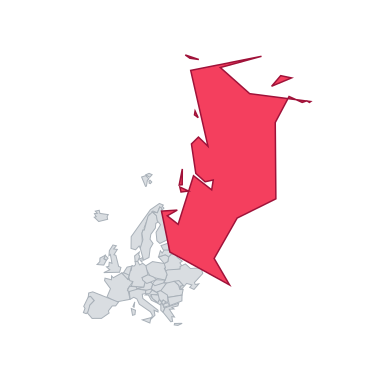 Russia on a map of Europe (Albers equal-area conic projection), rotated 287°
{"feature_id": "RUS", "entity_name": "Russia", "entity_type": "country or territory", "adm_level": 0, "iso_a3": "RUS", "parent_name": "Europe", "parent_adm1": "", "projection": "albers", "projection_center": [98.07, 61.527], "detail": "coarse", "context": "in_parent", "style": "filled", "palette": "rose", "viewbox_px": 384, "rotation_deg": 287, "n_neighbors": 38, "source": "natural_earth", "source_scale": "50m", "svg_char_len": 8008}
<svg xmlns="http://www.w3.org/2000/svg" viewBox="0 0 384 384"><g transform="rotate(287 192 192)"><path d="M191.6,139.4L194.1,142.9L192.0,147.0L190.2,145.9L184.3,146.7L183.8,145.9L191.6,139.4ZM168.4,169.9L165.4,168.3L167.8,167.5L168.2,165.5L162.0,165.0L162.4,160.2L158.7,160.1L158.3,157.7L144.0,156.7L141.6,157.5L141.2,156.2L137.8,156.2L128.0,159.7L123.2,158.9L124.9,157.2L120.2,154.9L120.2,150.2L131.5,146.9L162.9,157.4L171.5,164.2L171.1,168.4L169.6,167.7L168.4,169.9ZM196.9,148.8L193.7,147.3L195.0,142.8L197.3,145.5L196.9,148.8ZM189.8,150.6L187.8,149.7L188.0,148.2L189.0,148.3L189.8,147.5L191.0,148.5L189.8,150.6Z" fill="#d9dde1" stroke="#a8b0b8" stroke-width="1"/><path d="M94.0,148.5L89.1,161.7L80.5,158.8L71.3,164.2L64.4,151.1L66.9,141.4L75.7,142.3L81.7,134.3L84.2,134.0L84.5,140.6L88.2,139.6L87.0,141.8L94.0,148.5ZM65.2,169.0L70.2,169.4L64.8,170.3L65.2,169.0Z" fill="#d9dde1" stroke="#a8b0b8" stroke-width="1"/><path d="M123.2,158.9L132.0,159.0L137.8,156.2L141.2,156.2L141.6,157.5L156.0,157.0L161.3,159.9L159.1,164.8L153.3,168.2L151.4,166.6L146.8,167.5L139.5,165.0L134.5,165.7L131.4,169.8L125.8,168.5L116.8,170.0L112.6,165.6L123.2,158.9Z" fill="#d9dde1" stroke="#a8b0b8" stroke-width="1"/><path d="M126.6,190.4L127.4,195.8L125.1,197.0L123.0,202.9L120.7,201.1L118.4,203.8L114.8,203.1L108.4,189.9L115.5,186.3L118.4,189.2L123.3,188.7L126.6,190.4Z" fill="#d9dde1" stroke="#a8b0b8" stroke-width="1"/><path d="M104.5,222.1L106.2,225.4L99.4,222.4L100.1,217.7L103.1,219.0L103.0,213.6L95.2,210.1L98.7,208.5L100.1,210.9L103.4,205.3L98.0,198.4L97.3,191.7L105.2,192.4L108.4,189.9L110.3,191.3L114.8,203.1L117.3,202.4L121.3,206.7L118.4,212.9L122.1,222.9L117.2,226.1L106.1,220.8L104.5,222.1Z" fill="#d9dde1" stroke="#a8b0b8" stroke-width="1"/><path d="M115.5,186.3L112.0,188.7L110.9,187.9L106.2,192.1L99.9,192.2L98.7,177.2L105.5,170.2L108.0,169.4L113.9,174.6L115.5,186.3Z" fill="#d9dde1" stroke="#a8b0b8" stroke-width="1"/><path d="M92.0,181.5L86.6,181.1L84.8,178.4L83.5,166.3L86.9,173.6L91.9,173.5L93.7,179.7L92.0,181.5Z" fill="#d9dde1" stroke="#a8b0b8" stroke-width="1"/><path d="M97.3,191.7L96.3,193.8L89.9,192.5L85.8,187.6L87.3,181.4L92.0,181.5L97.3,191.7Z" fill="#d9dde1" stroke="#a8b0b8" stroke-width="1"/><path d="M101.4,201.1L103.4,205.3L100.1,210.9L98.7,208.5L95.2,208.9L98.9,206.4L101.4,201.1Z" fill="#d9dde1" stroke="#a8b0b8" stroke-width="1"/><path d="M95.2,208.9L96.3,212.0L90.5,212.6L84.3,200.2L88.5,191.0L97.4,194.3L101.4,201.1L98.9,206.4L95.2,208.9Z" fill="#d9dde1" stroke="#a8b0b8" stroke-width="1"/><path d="M123.3,188.7L118.4,189.2L115.5,186.3L120.1,179.0L124.2,184.8L123.3,188.7Z" fill="#d9dde1" stroke="#a8b0b8" stroke-width="1"/><path d="M129.7,186.8L126.6,190.4L123.3,188.7L124.2,184.8L120.1,179.0L126.6,178.9L124.9,181.3L129.4,182.7L129.7,186.8Z" fill="#d9dde1" stroke="#a8b0b8" stroke-width="1"/><path d="M136.3,184.4L129.7,186.8L128.1,181.6L131.7,178.0L136.3,184.4Z" fill="#d9dde1" stroke="#a8b0b8" stroke-width="1"/><path d="M108.0,169.4L100.0,174.1L95.5,169.3L91.9,173.5L86.9,173.6L84.2,161.4L89.1,161.7L89.0,158.5L91.8,156.5L97.6,155.2L99.2,156.7L104.2,156.2L104.1,158.2L106.0,159.2L109.0,157.9L109.8,160.4L107.0,163.2L109.4,165.7L108.0,169.4Z" fill="#d9dde1" stroke="#a8b0b8" stroke-width="1"/><path d="M85.2,198.9L84.3,200.2L90.5,212.6L84.9,214.2L76.8,203.8L85.2,198.9Z" fill="#d9dde1" stroke="#a8b0b8" stroke-width="1"/><path d="M63.5,221.0L60.3,217.5L59.7,213.9L61.2,213.7L63.5,221.0ZM73.2,199.9L81.8,211.8L79.0,211.8L75.8,206.5L74.9,209.0L73.2,204.6L67.3,211.8L66.9,209.1L62.6,211.3L61.7,209.6L68.6,199.4L73.2,199.9Z" fill="#d9dde1" stroke="#a8b0b8" stroke-width="1"/><path d="M73.2,199.9L68.6,199.4L69.7,196.8L77.5,194.4L73.2,199.9Z" fill="#d9dde1" stroke="#a8b0b8" stroke-width="1"/><path d="M86.5,182.6L85.0,190.3L80.5,182.7L75.6,191.7L76.6,184.8L80.7,180.4L79.9,177.5L86.5,182.6Z" fill="#d9dde1" stroke="#a8b0b8" stroke-width="1"/><path d="M85.0,166.2L82.0,168.8L78.0,162.3L79.0,159.0L83.5,159.8L85.0,166.2Z" fill="#d9dde1" stroke="#a8b0b8" stroke-width="1"/><path d="M91.6,156.0L89.7,157.3L89.7,156.1L91.6,156.0Z" fill="#d9dde1" stroke="#a8b0b8" stroke-width="1"/><path d="M94.1,156.3L89.7,156.1L94.0,148.5L95.9,153.4L94.1,156.3Z" fill="#d9dde1" stroke="#a8b0b8" stroke-width="1"/><path d="M103.4,155.9L94.1,156.3L94.9,150.1L101.2,151.9L103.4,155.9Z" fill="#d9dde1" stroke="#a8b0b8" stroke-width="1"/><path d="M61.3,123.5L62.6,125.5L59.6,130.3L53.9,127.4L48.8,128.7L44.7,126.4L44.9,123.4L49.4,123.7L51.0,121.9L61.3,123.5Z" fill="#d9dde1" stroke="#a8b0b8" stroke-width="1"/><path d="M45.6,127.5L53.9,127.4L59.6,130.3L62.6,125.5L61.3,123.5L65.2,122.7L67.5,126.3L65.2,153.9L60.8,152.3L59.7,149.0L53.8,146.8L52.0,148.1L44.7,142.4L41.9,133.4L45.6,127.5Z" fill="#d9dde1" stroke="#a8b0b8" stroke-width="1"/><path d="M101.8,130.1L96.3,129.0L94.9,122.4L98.4,124.2L101.9,123.3L106.1,127.5L102.4,127.4L101.8,130.1Z" fill="#d9dde1" stroke="#a8b0b8" stroke-width="1"/><path d="M83.4,168.6L84.4,176.5L81.6,177.7L79.7,174.3L75.8,176.1L69.0,194.1L67.3,194.6L67.8,190.3L63.3,192.6L58.9,190.2L62.6,190.1L65.3,187.2L69.3,174.4L73.6,170.6L74.3,167.1L71.3,164.2L78.5,161.1L83.4,168.6ZM55.2,181.9L59.8,189.4L54.4,190.0L55.2,181.9ZM62.8,168.0L62.4,172.5L58.1,173.3L56.7,171.2L62.8,168.0Z" fill="#d9dde1" stroke="#a8b0b8" stroke-width="1"/><path d="M109.8,160.4L109.0,157.9L114.1,155.8L119.2,159.2L116.3,159.4L115.2,160.9L109.8,160.4ZM114.7,163.8L110.3,164.6L111.6,162.2L112.9,161.5L114.7,163.8Z" fill="#d9dde1" stroke="#a8b0b8" stroke-width="1"/><path d="M101.8,130.1L102.4,127.4L106.1,127.5L104.2,131.1L101.8,130.1ZM100.4,136.3L108.4,132.2L106.8,131.2L111.8,130.1L118.2,131.9L118.4,135.4L114.6,133.7L115.3,137.4L109.2,135.7L109.2,137.7L99.4,143.6L99.1,146.1L94.1,146.2L89.1,131.2L93.6,136.1L95.4,132.1L96.5,134.2L100.6,133.4L100.4,136.3Z" fill="#d9dde1" stroke="#a8b0b8" stroke-width="1"/><path d="M145.9,118.5L143.7,118.0L141.2,119.3L136.5,111.4L139.3,105.9L140.4,107.6L142.8,105.0L143.9,107.7L145.4,105.1L147.4,108.6L144.6,110.2L145.9,118.5Z" fill="#d9dde1" stroke="#a8b0b8" stroke-width="1"/><path d="M84.4,176.5L87.3,181.4L86.5,182.6L82.2,181.0L81.1,177.3L84.4,176.5Z" fill="#d9dde1" stroke="#a8b0b8" stroke-width="1"/><path d="M167.8,167.5L163.3,169.4L162.3,172.2L159.4,172.6L156.8,175.9L153.8,176.7L152.3,179.2L150.1,179.9L149.2,183.0L147.4,183.5L139.4,182.7L133.4,176.3L135.1,172.7L143.0,169.4L151.5,171.5L154.3,167.2L159.1,164.8L161.3,159.9L162.0,165.0L168.2,165.5L167.8,167.5Z" fill="#d9dde1" stroke="#a8b0b8" stroke-width="1"/><path d="M99.8,191.7L96.8,191.4L91.5,183.8L93.0,180.9L97.6,183.1L99.8,191.7Z" fill="#d9dde1" stroke="#a8b0b8" stroke-width="1"/><path d="M100.0,174.1L99.5,180.0L97.8,183.7L91.3,175.5L93.3,170.6L95.5,169.3L100.0,174.1Z" fill="#d9dde1" stroke="#a8b0b8" stroke-width="1"/><path d="M76.2,191.7L78.7,185.2L82.0,182.7L83.8,190.8L79.9,192.6L76.2,191.7Z" fill="#d9dde1" stroke="#a8b0b8" stroke-width="1"/><path d="M79.1,201.1L76.8,203.8L73.5,198.6L76.6,197.7L79.1,201.1Z" fill="#d9dde1" stroke="#a8b0b8" stroke-width="1"/><path d="M86.6,188.2L88.5,191.0L86.3,198.6L79.7,201.2L78.0,199.3L80.4,196.1L78.4,195.5L79.6,192.2L86.6,188.2Z" fill="#d9dde1" stroke="#a8b0b8" stroke-width="1"/><path d="M77.5,195.3L74.7,194.6L75.6,191.7L79.6,192.2L77.5,195.3Z" fill="#d9dde1" stroke="#a8b0b8" stroke-width="1"/><path d="M75.8,197.5L77.5,195.3L80.0,195.8L79.6,199.2L75.8,197.5Z" fill="#d9dde1" stroke="#a8b0b8" stroke-width="1"/><path d="M313.2,279.0L312.0,278.1L312.8,275.2L309.9,271.2L311.7,256.9L282.8,251.3L210.0,274.2L180.3,242.8L134.9,232.6L114.1,255.1L128.1,188.4L164.8,168.4L170.4,183.2L162.0,175.3L157.0,188.2L208.0,188.7L199.8,210.2L209.7,208.8L205.6,201.5L210.9,190.2L237.8,177.4L246.4,182.1L240.4,193.9L307.9,155.2L342.1,218.8L319.3,182.7L302.9,218.4L313.2,279.0ZM320.7,159.8L319.3,150.9L321.1,145.5L320.7,159.8ZM211.2,176.0L196.1,180.5L194.9,177.7L211.2,176.0ZM316.4,237.2L329.2,242.8L330.2,253.8L316.4,237.2ZM193.2,178.9L191.9,188.4L188.8,181.5L193.2,178.9ZM264.9,176.2L266.5,171.8L270.3,171.3L264.9,176.2Z" fill="#f43f5e" stroke="#9f1239" stroke-width="1.5"/></g></svg>